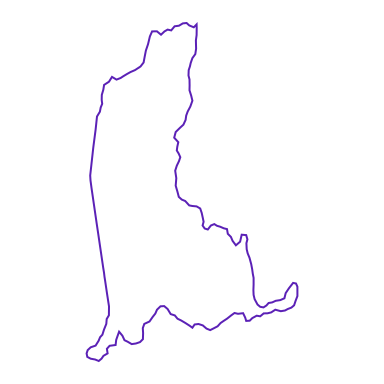 outline of Santa Cruz da Vitória, Bahia, Brazil
{"feature_id": "56859067B68810500178661", "entity_name": "Santa Cruz da Vitória", "entity_type": "district", "adm_level": 2, "iso_a3": "BRA", "parent_name": "Brazil", "parent_adm1": "Bahia", "projection": "natural_earth1", "projection_center": [-39.793, -14.879], "detail": "fine", "context": "isolated", "style": "outline", "palette": "violet", "viewbox_px": 384, "rotation_deg": 0, "n_neighbors": 0, "source": "geoboundaries", "source_scale": "gbopen_adm2", "svg_char_len": 2666}
<svg xmlns="http://www.w3.org/2000/svg" viewBox="0 0 384 384"><path d="M87.3,356.9L90.7,358.7L95.1,359.5L98.7,361.0L101.5,358.7L103.5,355.8L107.6,353.4L106.9,348.8L109.6,345.8L115.6,345.0L116.2,339.9L117.7,335.6L119.1,331.7L122.4,335.7L124.5,340.2L127.6,341.7L131.7,344.1L135.9,343.5L140.0,342.1L142.9,339.2L143.1,333.2L142.8,328.1L144.3,323.9L149.5,321.5L152.7,316.9L155.3,313.6L157.0,309.7L160.5,306.3L164.2,306.1L167.6,309.0L170.7,314.1L174.8,315.4L177.5,318.7L181.2,320.5L185.4,323.0L189.6,325.7L192.4,327.7L194.6,324.5L198.5,324.0L202.8,325.4L206.5,328.6L210.2,330.1L213.6,328.4L217.6,326.3L220.6,323.0L223.8,320.8L227.0,318.7L231.3,315.3L234.5,313.0L238.0,313.8L243.1,313.2L245.2,317.6L246.2,320.9L249.7,320.7L252.3,318.1L256.7,315.7L260.2,316.3L263.7,313.4L267.5,313.3L271.2,312.4L275.3,309.7L280.8,311.2L285.0,310.5L287.8,309.0L291.4,307.6L294.1,305.3L295.6,300.8L297.4,296.1L297.4,291.6L297.4,286.7L296.0,283.5L293.1,282.9L288.9,288.3L285.7,293.1L284.4,298.3L280.3,300.1L275.7,300.8L272.2,302.4L268.6,303.0L266.4,305.5L263.5,307.4L260.2,306.8L257.5,304.5L254.6,299.1L253.6,294.9L253.4,290.1L253.6,284.6L253.6,277.9L252.8,273.8L252.2,269.4L251.2,264.1L249.5,257.8L247.7,253.4L246.7,249.3L246.4,243.2L247.4,239.4L246.2,235.1L241.7,234.7L240.1,241.7L235.9,245.3L232.6,240.9L230.9,236.9L227.8,233.8L227.0,229.1L223.8,228.3L220.1,226.7L217.0,225.8L214.3,224.1L210.9,225.5L207.8,229.5L204.7,228.5L202.6,225.5L203.6,221.8L202.8,217.9L201.7,212.9L200.2,208.5L196.6,206.4L192.4,206.0L189.2,205.4L185.2,201.0L181.8,199.6L178.8,196.9L177.5,191.9L175.7,185.7L176.3,178.2L175.2,170.7L176.8,165.7L179.0,161.1L180.3,157.2L178.7,153.6L176.8,150.5L177.3,146.7L178.3,142.2L174.2,137.7L175.7,132.0L180.1,127.7L183.4,124.7L185.6,119.9L186.2,115.6L187.7,111.5L190.3,106.6L192.4,100.7L191.2,95.7L189.5,90.3L189.6,85.5L189.5,79.5L188.5,75.5L188.7,70.1L189.9,66.5L190.7,63.0L192.4,58.1L195.3,54.1L196.1,48.7L196.0,44.7L195.9,40.4L196.6,35.1L196.7,28.2L196.6,24.4L193.8,27.3L189.2,25.4L186.6,23.0L182.8,23.4L179.0,25.7L174.6,26.3L171.2,30.4L167.6,29.6L164.5,31.4L161.0,34.7L156.9,31.3L152.1,31.4L149.9,36.4L148.0,44.3L145.9,50.5L144.6,57.1L143.6,62.5L140.5,66.5L135.0,70.1L130.6,72.0L127.0,74.0L123.2,76.3L120.6,78.0L116.5,79.6L112.0,76.9L109.0,81.7L104.1,84.9L103.3,89.8L101.8,94.9L101.7,99.9L102.2,103.8L100.7,107.5L99.9,111.7L97.0,116.5L95.6,129.7L93.3,147.4L90.2,175.5L90.5,180.4L91.5,187.9L96.7,223.6L98.1,233.0L103.2,267.7L104.0,272.6L104.5,276.8L105.1,280.6L107.1,294.1L109.0,306.4L108.9,315.3L106.7,319.0L106.3,323.9L104.0,329.6L102.4,334.7L100.1,337.2L98.6,340.8L95.6,345.6L90.7,347.3L87.7,350.1L86.6,353.4L87.3,356.9Z" fill="none" stroke="#5b21b6" stroke-width="2"/></svg>